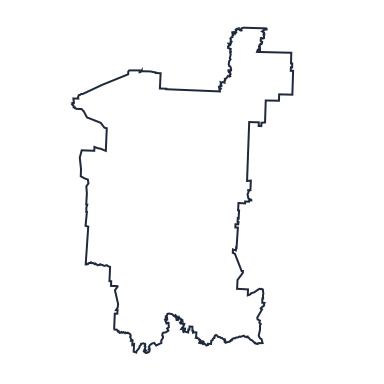 Forbes, New South Wales, Australia (orthographic projection), rotated 84°
{"feature_id": "25037944B5205782179519", "entity_name": "Forbes", "entity_type": "district", "adm_level": 2, "iso_a3": "AUS", "parent_name": "Australia", "parent_adm1": "New South Wales", "projection": "orthographic", "projection_center": [148.127, -33.379], "detail": "fine", "context": "isolated", "style": "outline", "palette": "slate", "viewbox_px": 384, "rotation_deg": 84, "n_neighbors": 0, "source": "geoboundaries", "source_scale": "gbopen_adm2", "svg_char_len": 5975}
<svg xmlns="http://www.w3.org/2000/svg" viewBox="0 0 384 384"><g transform="rotate(84 192 192)"><path d="M94.1,300.7L95.4,300.9L95.7,299.5L96.4,299.6L97.2,298.3L98.0,293.1L100.7,291.1L106.8,288.7L113.7,275.5L118.9,272.4L119.7,270.1L142.1,273.4L139.1,279.0L138.9,280.5L137.0,284.3L140.8,284.9L139.0,297.3L146.1,300.0L157.8,300.0L164.8,301.0L167.6,296.8L168.7,294.3L172.6,294.1L175.4,296.5L182.4,296.7L193.4,298.5L193.6,297.5L196.6,298.7L200.7,299.2L200.8,298.6L214.5,301.4L215.6,298.8L252.9,305.3L253.1,304.4L252.4,303.8L252.8,303.0L251.8,301.8L252.0,300.3L251.4,299.8L252.3,299.2L252.3,297.9L253.2,296.7L252.9,296.1L253.7,295.8L253.5,295.0L254.9,293.6L254.9,291.8L254.2,290.9L254.8,290.3L255.1,288.9L256.0,287.6L256.3,286.5L255.9,284.3L256.9,283.4L257.9,281.3L272.0,283.4L272.3,281.7L276.9,282.4L277.8,276.0L278.3,275.9L281.7,278.9L295.8,277.2L299.2,278.0L301.5,279.9L301.7,278.4L305.2,279.0L304.9,281.5L319.8,283.7L320.7,283.5L321.0,281.2L322.6,280.5L322.5,279.8L323.3,280.0L323.9,278.4L324.5,278.5L324.4,277.3L323.9,276.8L324.7,275.9L324.2,274.8L324.9,274.1L324.7,273.4L325.2,273.2L324.9,272.9L325.6,271.0L325.2,270.5L327.1,268.2L328.7,268.0L329.7,268.7L332.2,267.8L333.5,268.3L333.5,267.7L332.8,267.6L333.2,266.6L337.9,267.4L337.2,265.5L344.7,266.7L345.8,264.2L344.7,263.9L341.5,260.7L339.8,260.2L339.1,259.2L337.7,258.5L337.5,256.1L338.2,254.5L339.0,254.4L340.4,255.2L341.2,254.5L343.5,255.4L344.9,254.3L345.5,255.7L344.5,256.1L345.5,256.6L347.0,255.1L347.4,253.7L346.7,252.8L346.8,251.8L345.8,251.0L344.7,250.6L344.0,251.5L342.9,250.5L341.6,251.1L339.9,249.9L338.5,247.6L338.2,245.3L340.9,243.7L338.9,238.2L336.7,238.2L334.1,236.2L332.5,235.9L331.7,236.6L329.6,236.1L329.0,235.5L328.8,232.7L327.4,230.0L325.1,231.0L324.2,229.2L319.6,229.0L319.4,229.4L320.1,231.1L317.4,231.9L316.7,230.6L315.9,232.0L315.5,231.6L315.4,230.0L314.4,229.9L314.1,231.0L313.5,231.3L312.7,230.8L312.6,230.0L310.6,229.2L310.5,227.4L311.5,224.4L313.2,223.2L313.3,222.2L312.7,221.3L313.2,221.0L314.4,221.7L315.1,221.1L314.6,219.5L315.3,219.3L316.8,220.8L317.7,220.7L317.7,218.9L315.5,217.9L316.4,217.5L316.9,216.4L318.7,216.1L318.4,215.0L319.7,214.9L319.9,216.7L321.3,217.3L321.8,216.7L321.6,216.4L321.1,216.8L321.3,215.9L322.5,214.7L322.0,214.0L322.4,213.4L326.3,215.4L325.9,215.9L326.3,216.3L326.6,215.9L327.1,216.5L327.1,213.2L327.8,213.3L328.9,214.9L329.1,214.4L329.7,215.2L330.3,215.1L329.9,214.2L331.3,210.5L328.4,210.0L328.6,209.0L325.5,208.5L326.0,205.7L330.1,206.1L330.2,205.4L332.0,205.7L331.8,204.0L332.1,202.3L336.6,203.1L336.9,202.7L337.5,203.3L338.4,200.7L339.8,200.3L339.8,199.5L340.5,199.1L342.8,200.6L343.3,199.2L342.6,198.1L341.4,197.8L341.9,196.2L343.0,196.3L343.2,197.3L344.0,197.4L344.5,196.9L344.0,195.4L346.1,193.8L345.9,192.2L344.6,192.1L345.1,188.9L341.9,188.4L341.6,187.1L340.2,186.6L339.8,185.6L339.2,185.5L339.3,184.9L337.3,184.3L336.7,183.1L337.2,182.2L338.8,181.2L339.3,179.3L340.2,178.4L340.3,177.4L342.1,175.8L341.9,175.1L342.7,175.2L342.7,174.6L343.8,174.3L344.5,175.1L345.4,174.5L344.7,170.0L344.2,169.9L343.9,168.4L343.2,168.4L343.1,167.4L342.4,167.3L341.7,165.4L342.1,164.5L341.4,163.5L341.4,161.3L340.7,159.6L341.1,158.8L340.3,155.5L341.6,154.4L341.6,152.0L342.3,152.2L342.4,151.2L345.2,149.1L345.7,147.8L349.0,145.2L348.7,144.8L349.5,144.1L350.0,142.9L349.9,142.3L349.3,142.1L349.6,137.6L345.7,138.2L344.5,139.7L342.0,140.7L335.8,138.7L331.7,138.3L330.5,137.4L329.0,138.7L327.0,137.9L325.6,140.1L323.7,140.2L316.1,134.6L315.1,135.9L314.8,135.7L313.3,133.9L313.2,132.9L311.9,132.0L311.2,132.2L309.9,131.5L309.5,133.7L305.2,133.1L305.3,132.4L302.0,132.2L300.9,131.7L296.4,131.7L295.6,132.8L295.9,133.5L295.3,135.1L298.3,140.7L298.9,143.9L299.9,144.6L300.6,147.3L294.7,146.5L293.0,157.3L284.2,155.9L277.7,149.9L275.9,149.6L275.8,150.9L257.9,155.8L256.8,157.8L253.4,157.3L254.7,154.5L251.8,153.9L252.1,153.5L232.2,150.1L231.8,152.6L228.6,152.1L229.0,149.4L226.8,148.9L226.7,149.8L222.8,149.2L223.2,148.4L215.3,147.1L215.1,148.1L207.8,146.9L208.9,140.4L207.0,140.1L207.6,136.3L206.2,136.0L206.6,133.9L205.9,133.9L205.5,134.6L205.8,135.4L205.0,135.5L204.3,136.6L200.2,137.0L197.4,135.5L196.2,136.1L195.9,136.8L196.3,133.7L186.8,132.3L186.8,136.1L128.4,127.8L129.7,118.3L133.3,118.8L133.7,116.2L130.4,115.7L130.5,112.1L108.7,109.1L110.3,96.0L104.0,95.1L105.7,82.0L82.1,78.8L81.8,81.1L78.3,80.6L78.5,79.4L74.7,78.9L74.5,80.1L63.9,78.7L59.5,112.7L57.4,111.7L57.7,110.4L59.0,110.5L58.6,109.6L56.2,109.4L56.3,110.2L54.8,109.5L54.6,110.2L54.1,110.2L52.6,108.7L52.1,107.3L51.7,107.1L51.6,107.9L50.8,106.7L49.9,106.5L49.0,107.9L46.1,107.4L46.0,106.7L46.8,105.7L46.6,104.4L43.4,103.9L43.2,103.0L42.9,104.1L42.3,103.5L41.6,103.6L41.8,104.1L40.6,104.1L39.6,105.5L38.1,102.8L38.2,100.8L37.6,100.7L37.0,101.2L34.0,123.6L34.2,125.1L34.9,126.0L36.5,125.8L36.6,126.4L36.0,127.5L35.5,127.3L34.8,128.8L34.2,128.5L34.3,130.1L34.8,131.0L35.2,130.5L35.7,130.9L35.6,131.5L38.0,131.3L38.3,132.4L39.0,132.7L38.0,133.6L37.2,133.6L37.4,135.3L39.1,135.1L39.2,134.5L40.3,134.6L40.4,135.3L42.2,135.6L42.3,136.7L43.4,137.8L44.6,137.4L46.5,137.9L46.7,137.0L49.4,138.4L48.4,139.2L48.3,140.1L50.0,139.1L51.0,141.0L52.6,141.0L53.2,139.5L54.0,139.3L54.0,138.6L56.2,139.3L57.0,138.0L56.9,138.6L57.7,139.5L59.2,139.1L62.8,140.4L64.1,139.8L65.7,141.3L68.7,142.1L70.6,141.8L70.8,141.2L72.0,140.5L74.9,140.3L75.5,140.9L74.8,142.2L74.7,143.0L75.1,143.2L76.7,142.8L77.2,141.6L78.9,141.4L79.2,142.1L80.9,141.8L81.2,142.5L80.4,144.1L82.7,146.1L82.9,147.5L84.4,147.4L84.8,148.0L86.7,148.2L86.0,149.7L86.2,151.2L85.8,152.0L87.2,151.8L87.8,152.3L89.0,151.5L89.9,151.7L89.7,153.3L90.1,154.2L92.1,153.9L91.8,153.2L92.4,152.6L93.1,154.0L94.9,153.7L87.1,206.9L86.6,206.8L85.7,213.1L70.6,210.8L69.9,215.5L69.4,215.4L67.7,221.0L66.6,229.5L66.0,229.4L67.2,230.4L67.4,231.6L65.6,231.3L64.5,241.7L65.6,242.8L68.3,243.2L76.0,270.0L83.1,290.5L83.0,292.0L83.7,293.1L83.8,294.4L85.6,295.4L87.2,295.3L86.6,300.2L90.5,300.1L91.0,301.6L91.7,300.7L92.5,302.0L94.1,300.7Z" fill="none" stroke="#1e293b" stroke-width="2"/></g></svg>